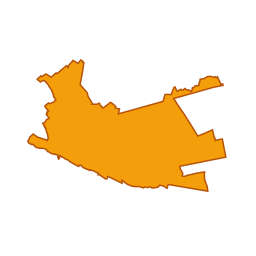 Panciu, Vrancea, Romania (Robinson projection), rotated 350°
{"feature_id": "2599482B28492599509343", "entity_name": "Panciu", "entity_type": "district", "adm_level": 2, "iso_a3": "ROU", "parent_name": "Romania", "parent_adm1": "Vrancea", "projection": "robinson", "projection_center": [27.104, 45.901], "detail": "fine", "context": "isolated", "style": "filled", "palette": "amber", "viewbox_px": 256, "rotation_deg": 350, "n_neighbors": 0, "source": "geoboundaries", "source_scale": "gbopen_adm2", "svg_char_len": 5597}
<svg xmlns="http://www.w3.org/2000/svg" viewBox="0 0 256 256"><g transform="rotate(350 128 128)"><path d="M195.6,204.1L195.8,199.7L195.7,198.9L194.5,192.2L195.2,186.3L195.3,185.9L195.9,185.2L195.9,184.6L192.2,184.4L190.1,184.5L188.1,184.4L185.4,184.5L183.0,184.8L178.2,184.9L177.6,185.0L176.3,185.4L174.7,185.4L173.0,184.6L174.1,182.1L172.4,177.6L172.4,174.7L192.2,174.3L192.7,174.4L193.2,174.4L193.7,174.2L219.3,173.7L219.1,164.5L219.0,155.2L214.8,155.2L211.9,155.5L211.7,152.4L211.3,152.4L210.9,144.5L210.0,144.7L209.1,145.0L204.4,146.0L203.3,146.4L195.3,148.0L188.9,131.8L188.7,131.4L188.4,131.1L188.5,131.0L188.5,130.9L187.7,129.1L185.3,123.1L184.0,120.5L182.4,116.9L182.4,116.6L182.0,116.1L181.2,114.4L180.9,113.6L180.4,112.7L180.1,111.7L179.6,110.7L179.6,110.2L179.5,109.9L178.8,108.6L178.0,106.9L218.9,102.8L229.0,102.5L228.9,101.0L226.9,101.1L226.8,99.7L226.5,98.4L226.1,97.5L225.1,93.3L224.7,93.6L224.2,93.7L223.7,93.4L223.5,93.0L222.5,92.5L221.6,93.1L221.1,93.2L220.8,93.0L220.1,92.3L219.3,91.8L218.1,91.7L216.8,91.2L215.7,91.1L215.1,91.1L214.2,91.7L212.3,92.2L211.6,92.6L210.2,92.6L209.2,92.5L207.4,92.6L207.0,94.5L206.4,94.9L205.3,97.2L205.4,97.9L205.1,98.4L204.4,98.6L203.3,98.6L202.9,98.4L202.6,98.0L200.8,98.5L200.4,98.9L200.1,99.4L199.7,99.6L199.3,99.7L199.0,99.7L198.6,99.5L198.1,99.8L198.2,101.3L197.5,101.8L196.9,102.5L196.7,103.1L196.4,103.1L196.3,102.6L195.3,101.9L194.7,101.1L193.9,100.9L193.3,101.0L192.5,100.8L191.8,100.2L191.1,99.0L190.4,99.1L190.1,99.3L189.8,99.7L188.7,100.2L188.3,100.2L187.6,99.9L187.0,99.1L185.2,99.4L184.6,99.9L184.1,100.2L182.7,100.2L182.4,99.8L182.4,99.4L181.5,95.8L180.4,95.9L176.2,102.6L171.1,101.4L170.6,101.4L170.1,101.7L167.2,107.8L156.9,108.9L121.0,112.4L121.4,111.6L122.9,107.8L118.9,106.1L119.7,104.5L116.5,100.8L115.4,99.8L115.2,99.7L107.4,103.8L106.5,103.9L106.4,103.9L106.2,103.0L105.8,102.1L104.5,100.5L104.2,98.6L102.8,98.8L101.6,99.2L96.8,98.4L97.3,97.9L94.1,89.9L94.0,86.4L88.4,76.9L93.6,63.0L93.6,62.6L95.9,56.1L95.3,56.0L94.8,55.6L95.1,55.4L95.2,55.2L95.1,54.3L94.1,53.7L93.3,52.8L90.1,55.7L85.6,51.9L84.7,52.8L81.9,54.8L79.8,56.8L79.7,56.9L79.7,57.3L79.5,57.6L79.5,58.3L79.4,58.3L79.3,58.2L79.1,57.3L78.6,56.8L78.4,56.3L78.2,55.9L72.9,59.0L71.5,59.7L71.2,60.1L67.8,62.0L67.6,62.1L66.8,61.3L66.5,61.4L65.0,62.2L62.4,63.9L61.1,64.6L60.2,63.7L56.6,60.5L52.0,62.5L51.3,61.5L47.0,64.2L47.2,64.6L49.8,67.5L50.9,66.9L52.5,66.7L53.9,66.7L54.3,67.0L54.4,67.5L54.5,67.6L54.7,67.9L54.9,68.2L55.4,69.3L55.8,69.4L56.1,70.2L57.0,71.7L57.1,72.4L57.4,73.1L57.7,73.5L57.7,74.1L58.0,74.5L58.2,75.1L58.6,75.7L58.7,76.1L58.8,76.2L59.6,78.0L59.4,78.5L59.6,79.0L59.6,79.5L60.1,80.7L60.1,81.8L60.1,82.1L60.4,82.5L60.2,83.6L60.2,83.8L60.7,84.3L60.4,84.7L60.4,85.0L60.5,85.3L61.2,86.0L61.4,86.9L61.3,87.2L61.4,87.5L61.6,87.6L61.8,87.9L61.7,88.3L61.4,88.2L61.1,88.3L59.5,89.5L55.5,90.4L55.2,90.4L54.0,89.5L50.0,91.8L49.8,92.1L50.0,92.7L51.6,95.8L52.7,97.4L50.8,98.4L50.7,98.8L51.2,99.7L49.9,100.2L50.0,100.9L51.3,103.2L52.1,104.7L49.3,105.6L48.6,106.4L47.3,107.7L47.3,107.9L47.3,108.0L45.8,108.4L44.9,108.4L44.8,108.6L44.9,108.9L45.3,109.2L45.3,109.6L45.5,110.5L45.9,110.8L45.8,111.1L46.0,111.3L45.9,111.7L46.2,111.8L46.4,112.1L46.4,112.7L46.2,112.9L46.5,113.1L46.5,113.3L46.8,113.6L46.5,114.0L47.0,114.3L46.9,115.5L47.2,116.2L47.0,116.9L47.1,117.4L47.3,117.6L47.3,118.2L47.2,118.7L47.6,119.6L47.6,120.1L47.7,120.3L47.7,120.8L47.6,121.3L47.6,122.4L47.8,123.1L47.7,124.1L46.2,126.3L45.8,125.7L45.4,125.4L42.1,123.8L39.4,122.3L38.5,122.0L37.5,121.4L35.0,119.0L33.6,117.4L31.4,118.8L31.2,119.0L30.1,119.6L27.0,123.8L27.5,124.7L27.8,125.8L28.1,126.1L29.4,126.9L29.8,127.4L30.5,127.2L32.3,128.6L33.2,130.1L34.0,130.9L34.8,131.6L36.3,132.0L37.7,132.8L38.6,132.7L39.2,132.8L41.8,133.7L42.7,134.3L43.5,134.9L44.0,135.5L44.4,136.4L44.6,137.2L45.4,137.5L45.9,137.8L46.9,138.9L48.4,139.9L48.9,140.4L49.7,140.5L50.5,141.0L51.2,141.2L51.4,141.3L51.8,141.0L52.0,141.0L52.7,141.5L52.8,141.6L52.8,142.0L54.1,142.4L54.9,143.0L54.6,143.4L53.7,144.4L53.8,144.6L54.0,144.7L54.4,144.5L54.8,144.5L54.9,145.1L54.9,145.3L54.4,145.9L54.1,146.3L54.1,146.6L54.3,146.6L54.7,146.3L55.2,145.8L55.6,145.1L55.8,144.3L55.9,144.1L55.9,143.6L55.9,143.4L56.2,143.4L56.7,144.0L57.5,144.5L57.8,145.2L58.8,145.5L60.5,147.1L61.1,147.9L63.2,149.0L63.8,149.5L64.7,150.6L64.8,151.1L65.5,151.3L65.8,151.8L67.4,153.1L67.9,153.6L70.5,155.7L71.9,156.6L72.7,157.4L72.8,157.4L73.3,156.4L73.5,156.2L74.6,156.4L75.1,156.6L75.4,156.9L75.5,157.2L76.1,157.6L76.2,158.0L76.5,158.5L78.3,160.2L79.6,160.8L79.6,161.0L80.2,161.1L80.4,161.4L81.6,162.1L82.5,162.4L83.0,162.5L82.8,163.0L83.8,162.9L84.4,163.3L85.2,163.5L87.0,164.4L87.4,164.7L87.6,165.0L88.1,165.2L88.6,165.6L89.0,166.3L90.1,166.6L90.5,167.4L91.0,167.5L90.6,168.1L90.5,168.5L91.0,168.2L91.2,168.3L91.4,168.5L91.6,168.9L91.4,169.1L91.5,169.3L92.0,169.4L92.4,169.7L94.1,171.4L95.4,172.6L96.6,173.8L97.3,174.4L98.3,174.5L98.6,174.2L99.7,172.2L100.5,172.7L102.5,174.1L112.6,181.4L113.1,178.4L114.2,179.5L115.2,181.0L116.2,181.9L116.6,182.1L116.8,182.6L117.9,183.6L118.8,184.1L119.9,184.7L120.0,184.9L120.6,185.2L120.8,185.4L122.5,186.3L123.2,186.3L124.3,186.8L126.7,187.4L128.2,187.4L129.8,188.2L131.1,188.8L131.7,189.0L132.3,189.4L132.4,189.6L134.5,189.2L135.2,189.2L136.2,189.9L136.9,190.0L137.8,189.9L139.9,190.0L140.2,190.2L140.7,190.9L141.5,191.3L142.2,191.5L144.0,191.4L145.1,191.6L147.5,191.3L147.9,191.2L148.3,190.5L148.9,190.0L149.5,189.9L150.2,190.3L151.4,190.6L152.4,191.1L152.9,191.5L153.8,192.2L155.0,193.2L155.9,194.2L156.2,193.9L156.8,192.6L157.1,191.7L157.8,190.6L195.6,204.1Z" fill="#f59e0b" stroke="#b45309" stroke-width="1.5"/></g></svg>